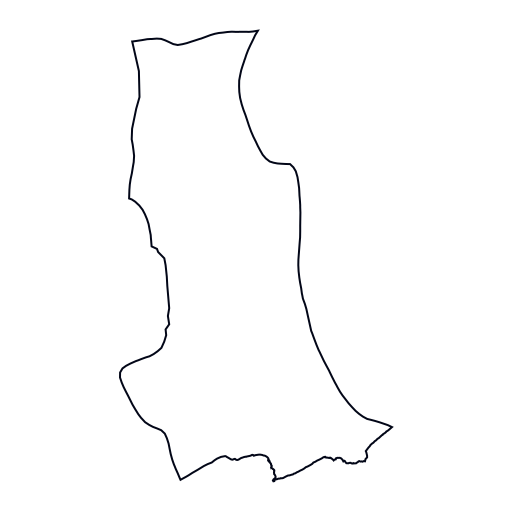 the district of Ad Dis, Hadramawt, Yemen
{"feature_id": "15242507B42761625616090", "entity_name": "Ad Dis", "entity_type": "district", "adm_level": 2, "iso_a3": "YEM", "parent_name": "Yemen", "parent_adm1": "Hadramawt", "projection": "equal_earth", "projection_center": [49.996, 15.105], "detail": "fine", "context": "isolated", "style": "outline", "palette": "ink", "viewbox_px": 512, "rotation_deg": 0, "n_neighbors": 0, "source": "geoboundaries", "source_scale": "gbopen_adm2", "svg_char_len": 5816}
<svg xmlns="http://www.w3.org/2000/svg" viewBox="0 0 512 512"><path d="M180.5,479.8L186.2,476.7L188.6,475.3L192.3,472.9L197.7,469.8L203.9,466.0L207.7,464.1L211.8,462.5L214.5,460.3L217.1,458.6L221.0,456.9L225.2,456.1L226.3,456.5L226.7,456.9L227.5,457.3L229.4,458.4L230.9,459.3L232.3,459.7L233.3,459.4L234.1,459.0L234.6,458.9L235.0,458.9L235.3,459.1L235.8,459.6L237.0,460.0L237.8,459.9L239.1,459.3L240.0,458.7L240.6,458.3L241.7,457.8L242.3,457.7L243.5,457.2L244.6,456.9L245.5,456.7L245.8,456.8L246.1,456.8L246.4,456.6L250.2,455.8L250.8,455.5L251.0,455.5L251.4,455.2L251.8,455.0L252.1,454.9L252.6,454.9L253.0,455.0L253.3,455.1L253.3,455.3L253.4,455.5L253.6,455.7L254.3,455.6L254.9,455.4L255.0,455.3L255.6,455.1L255.8,455.1L258.4,454.7L260.0,454.6L261.2,454.8L262.0,454.9L262.8,455.2L263.5,455.5L264.6,455.6L265.3,455.9L265.8,456.2L266.4,456.5L266.9,456.9L267.4,457.3L268.1,458.1L268.3,458.4L268.4,458.8L268.5,459.1L268.4,459.4L268.3,459.7L268.1,459.9L268.1,460.0L268.3,460.0L268.4,459.9L268.9,460.1L269.1,460.3L269.2,460.5L269.1,460.8L269.3,460.9L269.3,461.1L269.2,461.3L268.9,461.5L269.0,461.6L269.3,461.4L269.4,461.7L269.6,461.7L269.6,461.9L269.6,462.0L269.9,462.2L269.9,462.3L269.8,462.5L269.9,462.4L270.3,463.1L270.6,463.2L270.9,463.6L271.0,464.0L271.1,464.3L271.0,464.5L271.1,464.9L271.8,466.0L271.5,466.7L271.4,466.7L271.4,466.9L271.4,467.0L271.2,467.4L271.1,467.5L271.2,467.8L271.3,467.7L272.8,468.8L272.9,469.0L273.0,469.0L273.5,469.3L273.6,469.5L273.8,469.7L274.2,470.0L274.3,470.3L274.3,470.6L274.3,470.8L274.1,471.0L274.2,471.4L274.1,471.7L274.0,472.2L274.0,472.6L274.1,472.8L274.2,473.1L274.1,473.5L274.1,474.0L275.0,475.1L275.3,475.8L275.6,476.7L275.5,477.8L275.0,478.1L274.4,478.7L273.6,479.3L272.9,480.5L273.4,481.3L274.3,481.1L274.4,480.5L274.7,479.8L276.1,479.4L277.3,479.1L278.2,478.7L278.8,478.6L279.9,478.6L280.7,478.2L281.9,478.3L283.2,478.0L285.7,476.6L288.0,475.5L289.5,475.4L291.9,474.6L292.8,474.5L293.8,473.7L295.3,473.3L297.0,472.2L298.3,471.7L300.2,470.6L302.4,469.6L304.2,468.5L305.8,467.2L307.6,466.5L310.4,465.0L312.3,463.8L313.4,462.5L314.2,462.2L315.4,461.7L317.1,460.6L319.4,459.6L322.1,458.2L322.8,457.6L323.8,457.1L324.5,456.9L324.9,457.2L325.4,456.9L325.7,457.2L326.1,457.6L327.2,457.6L329.4,458.0L330.0,457.6L330.5,457.8L330.9,458.2L331.3,458.2L332.4,459.2L333.0,459.7L333.3,459.8L333.7,460.4L334.5,459.6L335.2,459.5L335.7,459.4L335.9,458.9L336.0,458.3L336.6,458.1L337.3,457.8L337.8,457.9L338.8,457.9L339.8,457.8L341.2,458.4L342.5,459.8L343.3,461.3L343.7,460.9L344.1,460.7L344.7,460.9L345.3,461.9L346.4,463.2L348.4,463.3L349.2,462.9L350.7,462.8L351.2,463.2L352.0,463.5L353.0,463.5L353.3,463.1L354.0,463.4L356.1,463.3L357.2,462.4L357.8,462.1L358.5,461.4L358.9,461.2L359.4,461.1L360.0,461.4L360.8,461.6L361.7,461.4L362.6,461.7L363.7,461.1L365.0,461.3L365.5,459.1L367.1,457.4L367.1,455.7L366.3,452.3L365.8,451.1L368.6,447.4L369.7,446.3L370.4,445.1L372.0,443.6L373.4,442.7L374.7,441.2L376.0,440.4L377.5,438.8L378.6,438.2L379.0,437.9L382.0,435.1L382.4,435.0L382.8,434.7L383.2,434.0L384.5,433.3L385.9,432.2L386.2,431.6L387.1,431.1L388.2,430.4L392.0,427.1L387.8,425.1L379.6,422.3L374.9,420.9L371.1,419.9L367.1,418.9L362.9,416.6L359.0,413.8L355.6,410.9L352.1,407.2L348.6,403.3L345.6,399.4L342.5,395.4L340.0,391.7L337.5,387.3L336.3,385.0L335.0,382.7L332.1,377.0L329.5,371.6L329.3,371.1L329.1,370.7L326.5,365.9L323.8,360.8L319.3,351.3L318.7,350.2L317.7,347.8L316.5,344.9L314.2,338.8L312.2,333.3L312.0,332.8L311.2,330.9L307.9,316.0L306.4,309.1L304.9,304.0L302.9,298.6L302.3,295.4L301.9,293.6L301.2,288.4L300.1,282.7L299.3,277.5L298.6,271.3L298.4,267.0L298.3,265.2L298.4,259.7L298.8,254.2L298.9,253.0L299.2,248.9L299.6,243.5L300.1,237.4L300.2,231.4L300.2,225.6L300.4,212.5L300.2,207.2L300.2,205.1L300.0,201.6L299.7,197.9L299.5,195.8L299.3,191.7L299.1,188.0L298.3,182.2L297.5,177.1L295.8,171.3L295.4,170.6L293.4,167.3L291.5,165.5L290.1,164.1L286.1,164.0L282.2,163.8L277.9,163.5L277.1,163.4L273.5,162.7L269.7,161.5L266.8,159.2L265.9,158.5L265.3,157.8L262.7,154.8L260.2,150.4L257.9,146.1L255.7,141.4L253.4,136.8L251.1,131.5L249.0,125.8L247.2,120.3L245.4,114.9L243.5,109.9L241.7,104.3L240.1,97.9L239.3,91.9L239.2,89.3L239.1,86.5L239.1,86.0L239.2,80.4L240.1,75.5L241.2,70.3L242.0,67.7L242.7,65.5L244.2,61.1L244.4,60.3L245.0,58.8L246.3,54.8L248.1,50.1L250.4,45.1L251.4,43.1L253.3,39.2L255.1,35.3L257.9,30.7L253.0,31.5L248.8,31.9L246.8,31.8L244.8,31.8L240.3,31.8L236.5,31.9L236.1,31.9L234.2,31.8L231.8,31.7L227.4,32.0L222.9,32.6L218.8,33.0L214.8,33.8L210.4,35.1L206.4,36.6L201.0,38.6L199.5,39.0L196.1,40.1L194.9,40.5L191.4,41.6L186.9,43.1L182.4,44.2L177.7,45.0L175.3,44.5L173.3,44.1L169.3,42.2L166.9,41.1L165.1,40.3L161.2,38.9L156.8,38.6L151.7,39.0L150.4,39.0L147.2,39.2L142.1,40.1L136.8,40.9L132.3,41.5L132.2,41.5L138.9,71.1L139.5,97.1L136.2,108.8L132.1,128.7L131.7,139.4L131.8,139.8L132.7,144.7L133.5,150.6L134.1,155.9L133.7,162.2L133.0,166.2L132.7,168.1L131.8,173.6L130.6,179.1L130.3,181.1L129.8,184.5L129.4,189.7L129.2,195.5L129.1,198.5L131.7,199.4L133.4,200.5L135.2,201.7L138.5,204.8L139.2,205.4L142.6,209.8L144.9,214.2L147.0,219.2L148.6,224.1L149.6,229.5L150.7,235.0L150.9,238.0L151.1,240.1L151.6,246.4L157.0,248.9L158.1,252.0L164.3,258.3L165.6,265.2L166.8,276.7L167.3,285.9L169.2,308.2L167.9,316.0L169.2,324.3L165.6,329.4L166.2,335.2L164.2,341.7L161.4,347.9L157.8,351.1L153.6,354.1L149.5,356.3L145.8,357.4L141.2,359.1L138.2,360.3L135.9,361.1L130.5,363.5L126.1,365.8L122.5,368.4L120.1,372.5L120.0,377.5L121.7,382.5L123.7,387.2L125.8,391.4L128.1,395.8L130.4,400.4L132.5,404.6L135.2,409.2L138.3,414.2L141.1,417.9L141.6,418.4L145.1,422.2L148.6,424.5L149.0,424.8L153.0,426.9L157.2,428.5L161.2,430.2L164.8,433.6L166.9,438.3L168.6,443.6L169.6,448.7L170.7,454.0L172.2,459.5L173.9,464.4L174.8,466.5L175.7,468.8L177.7,473.2L179.7,478.0L180.5,479.8Z" fill="none" stroke="#020617" stroke-width="2"/></svg>